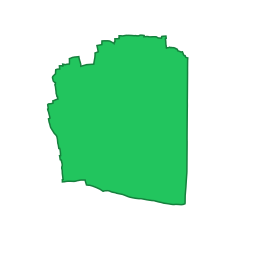 outline of Khwao Sin Rin, Surin, Thailand, rotated 160°
{"feature_id": "78962969B63758563457918", "entity_name": "Khwao Sin Rin", "entity_type": "district", "adm_level": 2, "iso_a3": "THA", "parent_name": "Thailand", "parent_adm1": "Surin", "projection": "natural_earth1", "projection_center": [103.61, 15.013], "detail": "fine", "context": "isolated", "style": "filled", "palette": "green", "viewbox_px": 256, "rotation_deg": 160, "n_neighbors": 0, "source": "geoboundaries", "source_scale": "gbopen_adm2", "svg_char_len": 5305}
<svg xmlns="http://www.w3.org/2000/svg" viewBox="0 0 256 256"><g transform="rotate(160 128 128)"><path d="M100.4,37.3L99.9,38.3L98.0,43.3L97.4,44.9L95.7,48.6L93.8,52.7L91.6,57.8L91.2,58.7L88.2,65.4L87.5,67.1L81.8,82.4L78.0,92.6L76.9,95.6L76.8,96.0L76.0,98.2L74.6,102.0L66.0,125.1L64.6,128.7L63.3,132.4L62.6,134.3L62.2,135.3L59.1,143.6L57.5,147.9L53.1,159.7L52.5,161.4L51.4,164.4L48.8,171.3L47.9,173.4L48.1,173.5L48.8,174.1L49.5,174.6L49.6,175.0L49.7,175.6L49.7,175.8L49.6,176.4L49.6,176.5L50.3,176.9L50.5,177.0L50.8,178.3L50.8,178.5L50.7,179.2L50.8,180.1L50.8,181.0L51.0,181.1L51.5,181.1L51.8,181.2L52.2,181.3L52.4,181.5L53.0,182.1L53.5,182.5L54.9,183.7L54.9,183.8L54.7,185.0L55.3,185.7L55.8,185.9L55.8,186.1L55.8,186.3L56.1,186.6L56.5,186.9L56.7,187.2L56.8,187.3L57.8,187.9L58.1,188.1L58.4,188.1L58.6,188.2L59.6,188.8L60.0,188.7L60.6,189.0L60.7,189.3L60.9,189.5L61.1,189.6L61.3,189.7L61.5,189.7L61.9,189.6L62.9,189.7L63.5,189.9L63.9,190.0L64.5,190.0L64.3,191.1L64.0,192.3L63.9,193.2L63.7,194.0L63.0,196.2L62.9,196.7L62.7,197.3L62.5,198.6L62.3,199.1L61.5,199.1L61.2,200.1L61.1,200.6L60.9,201.4L62.8,202.0L64.9,202.5L65.0,202.5L65.3,202.1L65.5,201.7L65.8,201.0L66.3,201.2L66.8,201.4L68.4,202.1L68.8,202.3L69.1,202.6L69.5,203.1L70.1,203.9L70.3,204.0L70.5,204.1L71.3,204.5L73.3,205.2L75.9,206.0L76.9,206.4L77.2,206.6L77.7,206.9L77.9,207.1L78.3,207.2L78.8,207.5L79.6,207.7L80.0,207.8L80.5,207.9L81.0,208.1L81.8,208.3L81.2,209.4L81.9,209.8L82.5,210.1L82.8,210.3L83.8,210.7L84.8,211.1L85.3,211.1L85.5,211.0L85.9,211.0L86.6,211.0L86.9,211.1L87.2,211.2L87.6,211.4L87.9,211.5L88.2,211.5L88.3,211.6L88.6,211.9L89.2,212.2L89.5,212.3L90.6,212.6L92.9,213.7L96.1,215.0L96.6,215.1L97.4,215.5L99.0,215.9L100.9,216.2L102.0,216.5L102.7,216.9L104.4,217.6L104.9,217.7L105.0,217.0L105.1,216.2L105.4,216.2L105.5,216.2L105.8,215.3L105.8,215.1L107.3,215.4L107.6,215.6L108.3,215.8L108.5,215.9L109.6,216.2L109.8,216.3L110.4,214.6L110.6,213.8L110.9,213.8L111.1,213.7L111.4,212.9L111.5,212.8L111.8,212.9L112.3,212.1L112.5,212.5L112.8,212.9L113.2,213.4L113.8,214.1L115.1,215.6L115.4,215.9L115.7,216.1L116.5,216.5L116.9,216.7L117.3,216.9L118.5,217.3L119.3,217.6L120.0,217.9L122.0,218.5L122.7,218.7L124.1,215.3L129.0,216.1L129.3,213.7L129.9,209.8L133.4,209.7L133.5,209.0L134.6,206.5L134.8,206.0L138.4,199.7L145.3,201.7L147.1,201.8L148.2,201.9L151.2,202.1L150.7,203.8L150.6,204.2L150.4,206.2L150.4,206.8L150.4,207.5L150.2,209.2L150.2,209.9L149.8,211.9L150.8,212.1L153.8,212.9L156.2,213.3L157.7,213.2L159.2,213.2L159.4,213.2L159.5,213.0L159.5,212.8L159.6,212.3L160.6,209.6L161.2,208.2L161.4,208.2L163.1,208.7L163.5,208.8L165.3,209.0L165.6,209.1L165.9,209.3L166.4,209.8L166.7,209.9L167.0,210.0L167.5,210.3L167.8,208.7L168.0,208.5L168.7,208.9L169.2,209.2L169.6,209.4L170.0,209.5L171.2,209.9L171.6,208.5L172.0,206.8L174.2,207.4L175.9,207.5L176.3,206.8L177.6,203.7L178.7,203.3L180.2,202.5L180.8,202.3L181.0,202.1L181.4,201.8L181.6,201.4L181.8,201.1L181.9,199.7L182.1,198.3L182.1,197.9L182.1,197.5L182.0,197.3L181.5,196.4L181.3,196.0L181.3,195.9L180.8,195.6L180.7,195.5L180.8,195.4L180.9,195.1L181.1,194.5L181.3,193.8L181.4,193.7L181.8,193.8L181.9,193.7L182.0,192.4L182.0,191.8L182.3,190.6L182.7,188.9L182.9,188.0L183.1,187.1L183.3,186.3L183.6,185.4L183.7,185.1L183.7,184.2L183.8,183.5L183.8,183.2L184.0,182.0L184.0,181.9L183.6,181.9L183.5,181.5L183.5,181.2L183.8,180.3L184.0,179.3L184.0,179.2L185.4,179.3L186.7,179.2L188.0,179.2L188.3,179.0L189.3,179.2L189.9,177.1L190.0,177.0L192.1,177.2L194.0,177.7L194.3,177.8L195.1,177.6L195.3,177.6L195.5,177.4L196.1,174.4L196.4,173.2L196.5,173.2L196.9,173.3L197.0,173.3L197.2,172.6L197.2,172.0L197.2,171.4L197.2,169.9L197.3,169.5L197.7,165.4L197.9,164.1L198.0,163.9L199.0,163.9L199.6,163.8L199.8,162.1L200.1,160.7L200.1,160.2L200.2,158.2L200.4,156.5L200.5,154.8L199.1,148.1L198.0,145.7L197.9,145.0L197.8,144.6L197.8,144.0L198.1,142.1L198.2,141.4L198.4,140.6L198.7,139.5L199.1,138.0L199.2,137.4L199.3,136.0L200.0,132.4L199.3,132.1L199.2,132.1L199.3,130.7L199.7,128.8L199.9,128.1L200.2,126.9L200.3,126.7L200.5,126.1L200.8,125.0L201.0,125.0L201.8,125.3L202.1,123.5L202.1,123.2L202.4,122.3L202.5,121.5L202.5,121.2L202.2,121.0L201.9,120.9L201.7,120.6L201.7,120.4L201.7,120.1L201.8,119.5L202.0,119.2L202.0,118.2L202.1,117.4L202.2,116.7L202.5,115.6L202.7,115.2L203.1,114.6L203.6,113.9L203.7,113.7L204.1,112.6L204.1,112.4L204.2,111.3L204.2,111.0L204.5,110.3L204.7,109.4L204.9,108.9L205.1,108.3L205.3,107.7L206.1,104.0L206.2,103.7L206.4,102.9L206.5,101.8L207.4,101.9L208.1,99.8L207.0,99.5L206.4,99.3L205.8,99.2L204.1,98.9L202.6,98.5L200.4,97.7L198.0,96.7L197.5,96.5L197.0,96.3L196.2,96.1L195.9,96.1L195.1,95.9L194.1,95.9L191.7,95.5L191.3,95.5L189.7,95.1L187.0,94.1L186.7,94.0L186.1,93.8L186.0,93.7L186.2,93.2L186.3,92.2L186.4,90.8L186.4,89.9L186.5,88.7L185.2,88.0L184.2,87.5L183.7,87.4L181.2,85.6L178.0,82.8L175.2,80.0L173.1,77.1L172.6,77.0L172.1,77.0L171.7,77.0L170.8,76.8L170.2,76.6L168.6,76.1L167.1,75.3L166.6,74.8L165.4,73.6L164.2,72.8L163.0,72.1L162.0,71.5L161.0,70.6L158.9,69.3L155.9,67.5L153.8,65.7L151.5,63.6L149.8,62.3L147.4,60.8L145.0,59.4L141.8,57.8L139.8,57.1L134.8,54.1L130.4,51.7L128.3,50.8L127.3,50.0L124.4,48.0L122.4,46.8L120.2,45.2L116.2,43.1L114.1,41.9L112.5,41.0L111.1,40.4L109.1,39.9L107.0,39.0L104.1,37.7L102.3,37.3L100.4,37.3Z" fill="#22c55e" stroke="#15803d" stroke-width="1.5"/></g></svg>